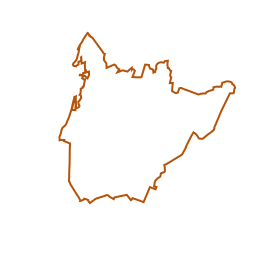 Codes pag., Bauska, Latvia (Robinson projection), rotated 116°
{"feature_id": "27541924B25863088320510", "entity_name": "Codes pag.", "entity_type": "district", "adm_level": 2, "iso_a3": "LVA", "parent_name": "Latvia", "parent_adm1": "Bauska", "projection": "robinson", "projection_center": [24.192, 56.468], "detail": "fine", "context": "isolated", "style": "outline", "palette": "amber", "viewbox_px": 256, "rotation_deg": 116, "n_neighbors": 0, "source": "geoboundaries", "source_scale": "gbopen_adm2", "svg_char_len": 5420}
<svg xmlns="http://www.w3.org/2000/svg" viewBox="0 0 256 256"><g transform="rotate(116 128 128)"><path d="M168.9,184.1L168.6,183.9L166.7,180.1L167.8,179.9L167.8,179.2L167.7,178.9L167.6,177.7L167.5,175.9L167.5,174.0L167.5,173.7L167.4,173.3L168.1,173.0L169.3,172.3L170.4,172.1L171.6,171.5L186.0,164.7L189.1,163.4L194.5,161.0L198.0,159.3L201.7,157.7L201.8,157.5L202.2,156.8L203.1,155.8L203.9,155.0L206.1,151.4L206.7,150.5L208.6,147.4L210.7,144.1L211.4,142.8L211.5,142.5L212.2,141.6L214.2,138.9L214.4,138.9L213.9,138.2L211.0,135.9L210.7,136.1L210.3,134.0L210.3,132.3L210.5,132.3L210.7,132.1L210.8,131.9L212.2,129.3L210.6,128.6L207.9,127.1L207.6,127.0L205.1,125.5L205.1,125.4L198.8,118.7L198.1,118.3L197.9,118.0L197.2,116.8L197.2,116.7L197.8,114.4L197.9,114.1L198.2,109.7L196.4,109.8L193.4,106.0L193.3,105.9L191.7,103.8L188.6,99.8L191.6,93.7L190.3,93.2L189.1,93.2L188.7,90.1L188.3,86.6L188.2,85.9L187.8,81.5L184.1,81.7L171.5,82.4L171.0,76.4L168.6,76.5L168.9,79.0L165.8,79.9L165.2,80.2L164.3,80.3L163.7,80.4L160.4,79.4L157.8,77.8L156.9,77.8L155.2,78.3L154.9,78.5L153.8,78.3L153.6,77.8L152.5,76.9L152.3,76.4L150.9,75.8L147.2,77.7L146.4,78.4L145.4,79.2L145.2,79.1L144.0,77.9L143.9,77.9L141.2,76.1L133.1,70.9L129.2,68.4L128.2,67.8L124.8,67.6L119.9,67.4L119.7,67.7L113.4,67.7L110.9,67.6L107.8,67.6L103.4,67.2L103.2,67.2L103.4,65.8L103.5,65.0L104.3,62.9L106.3,59.5L106.2,59.1L105.0,56.2L98.7,53.3L94.7,51.1L94.4,51.1L94.1,51.0L93.2,50.4L92.8,50.3L92.5,50.2L92.5,50.3L90.6,50.1L89.9,50.6L87.2,50.8L86.9,50.7L82.6,51.0L72.1,51.6L64.7,51.6L63.8,51.6L63.5,51.6L53.3,51.6L52.3,51.7L50.4,48.3L48.9,48.7L47.4,49.2L45.7,49.6L45.0,49.3L43.4,51.0L42.8,52.5L42.9,53.4L42.0,54.1L41.6,55.2L41.7,57.0L42.4,58.9L43.3,60.3L44.5,61.4L46.0,63.1L50.0,62.2L50.1,63.2L51.3,64.4L51.6,65.9L52.6,67.4L53.9,69.0L56.1,68.1L59.6,71.8L61.6,73.3L61.8,73.2L62.3,73.3L62.8,73.4L63.1,73.5L63.3,73.8L63.8,75.4L63.9,75.5L64.6,76.4L65.4,77.8L66.5,78.7L67.0,79.3L67.8,87.5L67.9,88.8L68.0,90.3L68.1,91.1L68.2,91.3L68.3,93.1L68.5,93.9L68.7,97.6L68.9,98.1L69.7,99.2L69.8,99.3L74.2,98.7L75.5,100.0L75.8,101.4L75.4,104.7L71.4,106.2L67.9,107.5L69.3,110.1L63.7,111.3L63.8,111.5L62.2,113.2L62.1,113.3L61.7,113.4L60.8,113.6L59.6,113.8L58.1,114.1L57.8,114.2L57.8,114.3L57.9,115.1L56.8,116.9L56.7,117.0L56.3,117.6L56.2,117.8L56.6,118.5L55.1,119.5L54.7,119.9L51.9,121.1L50.1,121.7L50.9,123.0L51.8,124.2L51.9,124.3L52.4,124.2L52.7,124.2L53.3,124.3L53.7,124.6L53.8,125.1L54.0,125.8L54.3,126.6L54.5,127.3L55.7,128.7L55.9,128.9L57.5,129.7L58.7,130.0L59.4,130.0L60.3,129.6L61.0,129.3L61.9,128.7L62.5,128.4L63.3,128.8L63.5,128.8L65.7,128.1L66.3,128.8L67.1,129.4L64.8,130.9L64.6,131.2L64.5,131.4L64.7,132.9L64.9,134.1L64.8,134.3L63.3,136.0L62.2,136.7L62.9,138.9L63.6,140.4L68.6,139.5L76.4,138.2L77.3,139.6L79.0,143.2L80.2,146.3L73.5,146.9L73.3,147.5L73.1,148.3L72.9,148.5L73.0,149.1L73.1,150.0L73.1,150.3L73.3,150.3L72.2,151.0L75.2,152.3L75.3,152.4L77.5,153.2L78.5,158.0L78.7,158.3L82.6,161.9L79.1,161.6L78.8,163.9L78.0,165.2L78.0,165.4L77.4,166.0L77.1,166.5L77.1,166.8L77.0,168.2L83.4,173.6L79.6,175.7L78.9,176.7L78.8,177.0L77.8,178.8L77.3,179.6L76.1,179.9L75.6,180.5L71.8,181.3L72.0,181.6L71.3,183.2L71.1,183.3L70.3,184.8L69.0,187.2L67.0,191.1L66.6,191.8L62.4,199.7L62.4,201.6L61.7,202.4L62.0,203.3L61.8,203.4L61.2,204.0L60.3,205.4L60.3,206.0L63.6,206.5L67.7,207.0L71.7,207.1L74.4,207.6L76.7,207.7L79.2,207.7L79.3,207.5L79.2,207.4L78.3,207.5L77.5,207.4L77.2,207.4L76.7,207.3L76.5,207.0L77.3,206.9L77.9,206.7L78.9,206.4L80.3,205.9L80.8,205.8L81.5,205.6L82.8,205.3L83.9,205.2L84.1,205.2L84.7,205.0L85.6,204.9L86.6,204.6L88.5,204.3L90.3,204.5L90.3,204.4L92.3,204.9L93.5,205.4L93.9,205.4L94.5,205.4L95.0,205.3L95.4,205.0L95.7,204.7L96.0,204.0L95.9,203.8L95.6,202.9L95.3,202.0L95.3,201.7L95.0,201.7L94.0,201.3L92.7,200.3L92.0,200.6L90.4,201.5L88.0,199.6L85.0,201.2L84.8,201.1L88.0,199.3L90.4,197.9L87.7,195.5L88.5,195.2L89.5,194.8L93.0,193.0L95.3,191.6L94.8,191.0L96.4,190.3L97.2,191.2L98.1,192.3L99.0,193.0L98.4,192.3L98.0,191.9L97.5,191.3L97.3,191.0L94.4,187.8L97.7,186.2L101.2,186.2L101.2,186.4L100.5,188.3L100.3,189.1L100.3,189.8L100.2,189.8L100.1,190.4L100.4,192.7L100.6,192.9L101.1,194.5L101.7,194.4L101.3,193.5L101.1,192.9L101.0,192.4L100.7,191.2L101.8,191.0L103.3,191.1L103.3,190.8L103.5,190.0L103.7,189.3L103.7,188.9L103.5,188.5L103.1,188.0L110.3,186.0L110.8,186.7L111.7,186.3L113.4,187.7L115.5,186.7L117.7,185.8L119.4,186.0L119.3,184.9L119.5,184.7L120.1,184.3L120.1,184.2L120.3,184.0L120.5,183.9L121.4,183.3L123.0,183.4L124.8,183.6L125.0,183.6L125.9,184.1L126.2,184.2L126.3,184.1L127.7,183.2L128.5,182.5L128.9,181.9L129.0,181.6L129.7,181.2L130.5,181.3L131.1,181.5L131.7,182.0L131.9,182.2L132.3,182.7L132.6,182.8L132.7,183.7L130.1,184.9L129.6,185.1L129.0,185.5L128.4,185.7L123.8,188.2L122.9,188.6L122.5,188.7L122.8,188.9L123.4,188.7L124.4,188.2L127.8,186.4L129.7,185.4L130.7,185.0L135.0,183.1L136.5,186.7L135.5,186.8L134.5,187.1L134.4,186.9L133.9,187.0L132.9,187.2L132.6,187.4L131.6,187.6L131.0,187.7L129.7,188.0L128.6,188.2L126.8,188.6L126.1,188.7L125.7,188.8L125.1,188.9L124.6,189.2L123.6,189.4L123.4,189.5L123.5,189.8L124.5,189.5L125.6,189.2L127.0,189.0L129.1,188.6L131.7,188.0L135.2,187.1L137.2,186.7L139.1,186.5L140.8,186.3L143.7,185.8L148.1,185.6L150.4,185.4L151.8,185.4L153.3,185.6L154.2,185.9L155.5,186.6L156.5,186.9L157.6,187.0L159.1,186.8L161.6,186.2L163.5,185.9L164.9,185.8L166.6,185.5L168.4,184.4L168.9,184.1Z" fill="none" stroke="#b45309" stroke-width="2"/></g></svg>